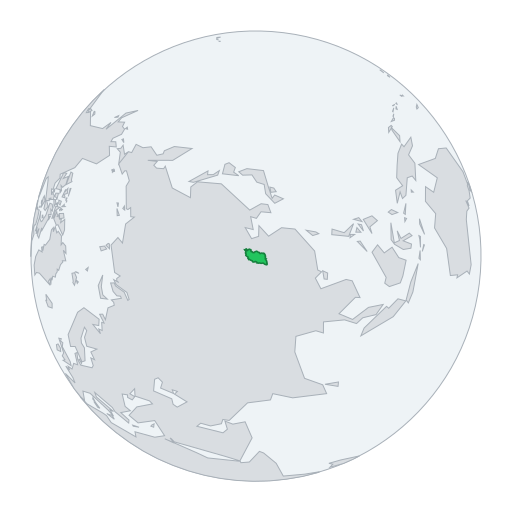 Shanxi on an orthographic globe, rotated 277°
{"feature_id": "CHN-1805", "entity_name": "Shanxi", "entity_type": "Province", "adm_level": 1, "iso_a3": "CHN", "parent_name": "China", "parent_adm1": "", "projection": "orthographic", "projection_center": [112.547, 37.663], "detail": "fine", "context": "on_globe", "style": "filled", "palette": "green", "viewbox_px": 512, "rotation_deg": 277, "n_neighbors": 0, "source": "natural_earth", "source_scale": "10m", "svg_char_len": 14958}
<svg xmlns="http://www.w3.org/2000/svg" viewBox="0 0 512 512"><g transform="rotate(277 256 256)"><circle cx="256" cy="256" r="225" fill="#eef3f6" stroke="#a8b0b8"/><path d="M455.9,356.1L455.6,357.1L455.4,357.4L455.9,356.1ZM402.9,85.2L400.0,83.4L382.3,73.4L381.8,71.8L377.6,70.1L378.0,72.3L379.2,74.2L365.2,75.7L363.8,88.2L370.9,95.8L363.5,91.7L382.0,109.5L386.1,121.2L376.8,105.8L372.3,102.8L372.8,109.3L368.2,107.7L365.9,110.1L360.4,107.7L355.4,99.6L351.8,98.1L352.3,102.9L347.2,104.0L347.0,97.0L338.0,98.4L328.0,86.4L331.7,71.9L321.6,65.4L313.3,51.7L309.5,51.9L303.9,47.7L297.4,46.5L297.7,44.9L292.3,45.5L293.2,47.3L291.1,48.4L287.4,48.0L287.1,45.6L289.0,45.4L286.9,44.6L288.4,43.6L285.6,43.9L285.7,41.4L280.0,43.5L275.5,41.2L277.1,39.7L284.2,40.4L305.4,40.4L309.2,40.1L307.4,38.4L288.9,33.6L290.1,33.4L287.2,32.9L303.0,35.7L318.6,39.6L333.9,44.6L348.8,50.7L363.2,57.9L377.1,66.0L390.3,75.1L402.9,85.2ZM284.9,32.6L282.5,32.3L283.9,32.8L275.6,32.3L278.4,33.5L275.4,33.7L275.3,35.2L267.6,34.6L260.1,33.4L259.7,32.3L256.4,31.9L250.4,33.0L243.7,31.6L228.7,32.5L227.8,32.5L229.5,32.3L248.0,30.9L266.5,31.0L284.9,32.6ZM469.0,194.2L467.3,190.6L468.1,190.5L469.0,194.2ZM466.3,190.2L466.9,191.0L466.4,190.6L466.3,190.2ZM466.0,191.0L466.2,190.4L466.2,191.5L466.0,191.0ZM465.9,192.7L465.9,191.6L465.9,191.9L465.9,192.7ZM464.9,194.0L464.6,194.2L464.4,192.8L464.9,194.0ZM380.5,75.5L378.4,72.6L379.8,71.5L382.1,74.0L380.5,75.5ZM377.2,78.7L375.0,76.5L379.9,77.8L379.6,78.6L377.2,78.7ZM377.0,102.1L376.2,98.6L378.6,102.6L377.0,102.1ZM366.5,110.9L368.2,112.5L366.2,113.1L366.5,110.9ZM279.6,35.6L277.5,35.4L278.6,35.2L279.6,35.6ZM281.6,36.5L284.3,36.4L285.7,36.9L283.9,36.9L281.6,36.5ZM356.1,110.2L352.4,111.0L355.3,108.7L356.1,110.2ZM277.8,36.6L287.7,37.7L289.9,38.6L285.3,39.8L277.8,36.6ZM349.8,110.6L341.0,113.1L344.0,116.7L330.7,108.5L342.5,108.7L345.6,105.2L346.4,108.7L349.8,110.6ZM295.1,48.1L294.0,46.1L298.4,48.2L295.1,48.1ZM298.5,49.2L315.2,55.0L315.0,58.1L309.5,55.3L312.1,60.0L303.9,58.6L300.6,55.7L302.3,53.9L297.8,54.9L298.5,49.2ZM324.7,103.8L321.9,103.4L323.9,102.3L324.7,103.8ZM290.7,48.9L294.0,49.7L294.2,52.3L287.4,51.4L289.5,50.8L290.7,48.9ZM316.8,62.1L315.8,64.1L308.8,63.5L307.4,64.3L303.7,58.9L316.8,62.1ZM287.6,50.0L284.0,50.9L280.5,49.5L287.4,48.5L287.6,50.0ZM297.0,53.5L296.8,54.8L294.7,53.7L297.0,53.5ZM266.2,45.5L270.2,45.9L270.6,47.2L266.2,45.5ZM282.9,51.4L284.1,51.9L284.7,52.6L281.7,52.9L282.9,51.4ZM299.0,59.0L296.3,58.4L300.2,61.1L295.1,61.1L293.5,57.6L292.1,59.0L290.5,59.1L291.0,56.3L299.0,59.0ZM280.5,55.4L276.7,51.5L269.1,50.2L268.6,48.8L280.9,51.2L280.5,55.4ZM286.6,56.1L282.7,55.3L283.9,53.9L287.4,53.5L286.6,56.1ZM292.2,62.4L300.4,63.3L300.5,64.1L292.2,62.4ZM278.0,55.3L279.0,56.3L277.4,55.4L278.0,55.3ZM287.6,60.4L290.5,60.6L290.5,61.4L287.6,60.4ZM278.5,58.3L277.3,56.9L279.6,56.5L278.5,58.3ZM282.5,59.5L281.8,60.6L281.2,57.2L283.8,59.4L282.5,59.5ZM287.1,61.2L288.1,61.8L285.9,61.0L287.1,61.2ZM270.4,60.8L269.1,56.6L274.2,55.6L274.8,59.8L270.4,60.8ZM94.2,99.2L95.3,98.5L88.7,106.2L81.5,123.1L79.4,127.1L73.0,132.6L61.8,158.9L66.8,157.3L63.8,177.6L66.5,187.2L80.3,175.5L76.0,159.3L82.4,149.4L91.7,156.1L96.6,171.3L99.2,168.0L102.2,153.0L109.5,151.7L103.9,147.6L101.6,152.8L98.1,150.7L100.0,145.8L102.5,145.4L102.7,140.0L90.8,144.4L87.1,150.2L84.1,140.9L77.7,149.9L74.7,150.0L84.3,135.0L88.1,131.9L100.9,112.6L96.6,114.8L84.3,133.5L85.4,130.0L79.6,134.1L84.9,128.2L99.5,108.1L100.8,100.7L91.8,103.4L94.9,99.1L102.2,91.6L116.2,81.1L107.9,91.9L112.8,89.2L123.6,80.6L120.2,84.9L123.6,83.0L121.4,87.2L127.2,88.1L126.3,92.2L137.3,88.2L138.3,90.0L131.5,91.7L126.3,95.4L125.1,106.9L127.4,107.8L134.7,104.5L133.4,108.4L140.6,103.8L144.2,109.4L145.8,99.0L154.4,95.7L161.3,97.1L164.4,94.4L153.2,92.3L148.4,93.3L143.9,96.9L131.2,99.1L129.7,96.2L144.1,87.6L143.6,83.0L155.1,79.1L178.4,85.8L183.7,91.5L174.1,108.0L167.8,108.4L168.2,102.4L159.9,111.1L164.4,108.8L163.3,112.4L171.3,110.9L170.9,113.4L179.1,107.9L179.6,110.9L174.4,114.3L186.5,115.4L189.8,121.3L192.7,120.4L194.8,117.8L197.6,127.5L199.6,126.4L199.5,122.8L203.4,118.5L211.5,115.0L212.0,118.5L209.2,120.2L204.0,129.6L196.3,134.2L197.4,135.4L204.1,132.3L210.5,120.8L215.2,117.7L213.0,123.1L214.2,120.9L216.7,120.5L219.6,123.6L222.4,117.7L249.2,110.8L257.5,116.7L252.6,121.9L271.9,122.7L279.8,130.5L279.7,126.9L288.8,125.7L286.5,123.2L287.1,121.5L309.5,118.6L315.2,121.1L324.7,117.1L324.6,115.4L321.0,113.2L330.7,108.5L344.0,116.7L343.5,120.0L352.2,123.4L349.7,130.6L351.6,138.6L343.9,145.3L346.1,151.4L349.3,152.2L354.7,161.6L354.9,179.4L340.8,161.7L337.8,136.9L337.8,146.4L333.6,143.5L331.1,146.6L331.4,153.7L334.1,155.0L313.3,164.6L305.9,183.8L316.6,182.9L322.5,188.9L323.4,212.8L300.8,244.2L308.5,254.7L308.5,261.5L300.8,265.5L300.5,255.6L293.4,251.8L294.4,245.9L281.9,250.0L282.9,241.8L272.7,249.5L275.8,256.2L286.5,255.2L277.2,266.1L287.2,277.9L287.5,291.4L268.1,313.6L249.6,319.0L248.3,323.0L241.3,317.6L231.4,324.4L243.7,348.3L243.1,354.5L227.4,364.3L227.1,359.7L208.8,345.4L204.8,359.6L218.7,373.9L223.4,388.1L212.5,382.3L207.7,369.5L201.2,364.0L203.4,351.7L198.8,331.0L187.8,332.3L189.1,324.5L181.1,305.4L165.5,306.2L140.5,319.1L136.3,337.9L128.0,342.9L119.7,309.7L121.4,289.4L114.9,287.9L109.2,265.5L89.5,249.4L89.7,243.0L85.3,242.1L81.8,231.6L83.3,221.5L79.8,218.1L76.5,244.8L80.6,248.7L88.3,245.3L86.3,253.5L90.1,265.4L75.0,274.3L50.7,265.0L53.4,249.8L61.6,197.5L64.2,194.4L64.5,193.9L64.9,192.9L60.4,197.3L63.5,187.7L53.6,220.8L49.7,232.7L50.3,265.4L49.0,266.2L50.7,274.5L62.5,283.2L61.4,287.6L52.7,301.3L40.9,309.9L45.4,330.9L49.6,345.3L48.9,344.6L42.9,329.2L38.2,313.4L34.5,297.3L32.1,280.9L30.9,264.4L30.9,247.9L32.1,231.4L34.5,215.1L38.1,199.0L42.8,183.1L48.7,167.7L55.8,152.8L63.9,138.4L73.0,124.6L83.1,111.5L94.2,99.2ZM96.4,196.2L102.8,205.3L109.0,191.9L112.0,194.5L113.0,189.2L109.5,190.9L113.3,177.4L119.4,178.5L123.2,173.7L121.3,170.4L109.6,170.8L104.0,189.8L98.7,191.8L96.4,196.2ZM144.6,70.2L140.9,73.0L137.4,73.8L138.6,70.1L143.7,68.7L144.6,70.2ZM136.4,76.9L150.4,70.3L150.2,72.8L147.9,72.4L146.4,74.8L142.4,74.8L128.6,84.4L124.6,85.9L129.0,77.2L129.7,79.0L133.3,75.9L136.4,76.9ZM186.4,53.6L192.4,52.1L184.2,59.4L179.5,60.0L180.4,55.9L186.4,52.8L186.4,53.6ZM267.7,39.0L270.5,38.9L270.6,39.4L268.2,39.9L267.7,39.0ZM268.0,45.5L255.3,40.4L257.9,39.9L247.4,38.2L250.1,36.3L256.9,37.3L251.1,35.0L258.3,35.2L253.6,33.9L268.4,36.4L274.6,36.9L266.6,37.0L263.9,38.6L264.6,39.4L271.2,42.5L283.3,45.0L282.6,47.4L278.8,48.5L275.8,48.3L277.3,46.7L272.2,47.6L272.0,45.1L268.0,45.5ZM235.3,67.1L238.2,64.1L228.0,67.8L227.7,64.4L226.5,65.0L223.5,63.0L217.7,61.9L218.7,60.3L216.0,60.6L213.9,59.5L210.6,59.4L211.1,56.7L207.1,56.5L209.7,55.4L202.6,55.9L208.1,54.3L205.9,53.1L201.8,55.3L212.6,43.1L212.9,40.1L210.2,38.8L219.9,36.9L228.7,37.4L235.6,39.7L233.9,43.2L238.7,42.1L239.2,43.5L235.3,43.8L241.7,44.3L241.1,45.7L247.3,49.3L257.0,49.8L259.5,51.4L255.4,51.9L260.8,53.2L254.7,55.4L256.4,56.7L252.1,60.5L243.3,61.2L245.8,62.6L242.7,65.9L235.3,67.1ZM269.0,61.7L258.5,62.8L253.2,61.6L262.9,55.6L262.2,54.1L268.2,50.8L275.8,52.8L273.4,53.5L272.8,54.7L270.6,53.5L271.9,55.3L268.6,56.5L268.7,58.3L265.3,58.0L269.0,61.7ZM81.5,127.1L80.7,129.5L80.4,132.4L76.7,135.3L81.5,127.1ZM91.2,113.3L91.1,114.6L85.8,119.6L86.6,117.3L91.2,113.3ZM95.6,111.4L91.5,114.3L94.2,111.4L95.6,111.4ZM131.9,92.9L132.4,94.4L130.6,95.5L128.3,95.9L131.9,92.9ZM204.8,79.4L207.4,77.4L208.6,77.7L216.4,75.4L217.3,78.0L212.9,80.5L204.8,79.4ZM77.0,175.3L73.6,175.3L74.3,172.4L75.4,173.0L77.0,175.3ZM73.1,154.2L71.8,160.8L72.1,154.9L73.1,154.2ZM207.0,81.9L210.2,80.6L208.6,82.8L207.0,81.9ZM218.3,79.9L217.2,82.4L218.3,78.1L218.3,79.9ZM63.9,365.0L70.2,383.1L66.0,377.0L60.7,368.1L55.3,355.1L58.7,357.6L59.1,353.6L63.9,365.0ZM280.8,420.5L287.8,421.1L287.5,421.8L280.8,420.5ZM273.6,418.0L281.5,418.2L272.3,419.6L273.6,418.0ZM284.6,418.2L292.6,416.5L296.1,415.2L295.5,416.8L284.6,418.2ZM268.3,417.9L239.4,416.1L228.0,412.9L230.7,410.4L249.0,412.8L268.3,417.9ZM229.7,410.2L212.5,399.6L189.5,369.8L197.7,372.1L221.9,391.7L220.3,394.1L230.8,402.1L229.7,410.2ZM271.8,397.9L270.1,405.5L254.1,404.2L246.9,402.5L241.9,392.1L244.7,387.1L250.6,387.8L273.9,370.7L281.9,375.3L274.7,382.9L281.3,390.0L271.8,397.9ZM137.1,340.1L141.0,353.2L136.6,353.3L137.1,340.1ZM283.5,357.6L274.0,365.8L282.8,354.8L283.5,357.6ZM288.9,347.0L289.4,351.3L285.6,347.1L288.9,347.0ZM247.8,329.2L241.5,329.6L241.5,326.4L249.5,324.0L247.8,329.2ZM287.7,302.7L287.2,312.4L285.8,315.6L283.2,309.8L287.7,302.7ZM218.5,106.2L206.7,106.2L198.7,108.7L195.1,113.7L195.1,106.9L207.4,103.0L218.5,106.2ZM245.3,109.7L248.4,105.8L250.5,107.8L250.1,109.0L245.3,109.7ZM244.8,107.0L242.2,101.7L246.2,99.8L247.4,104.4L244.8,107.0ZM224.2,90.8L220.6,90.5L221.9,88.6L224.2,90.8ZM346.1,462.1L347.0,460.6L355.5,457.2L351.0,459.9L346.1,462.1ZM317.8,460.3L273.6,470.6L264.1,470.0L266.8,467.3L258.8,458.1L261.9,458.4L260.3,451.3L286.7,444.3L305.6,429.8L319.9,429.2L330.9,417.5L345.5,415.8L340.9,424.6L355.7,426.4L366.6,406.2L374.7,422.1L384.7,424.0L386.4,431.6L364.8,451.2L353.3,457.2L351.5,457.2L346.6,459.6L339.6,461.5L336.5,459.1L331.6,461.4L336.7,457.4L329.5,461.6L326.2,459.8L317.8,460.3ZM421.5,397.8L423.4,396.9L426.0,397.2L423.0,399.0L421.5,397.8ZM451.0,364.5L451.6,364.7L449.7,367.2L451.0,364.5ZM455.4,357.4L453.3,360.6L455.9,356.1L455.4,357.4ZM432.8,381.4L433.6,381.7L432.8,382.7L432.8,381.4ZM432.0,381.6L433.3,379.1L433.0,380.9L432.0,381.6ZM423.4,377.9L424.6,376.2L425.1,376.7L423.4,377.9ZM298.0,420.7L307.6,414.6L312.9,413.7L298.0,420.7ZM421.7,376.8L418.7,378.3L419.0,377.0L421.7,376.8ZM422.0,374.2L421.7,372.9L423.5,375.3L422.0,374.2ZM416.2,373.9L419.9,374.7L415.8,374.4L416.2,373.9ZM414.0,375.4L411.2,375.4L411.4,374.9L414.0,375.4ZM382.5,389.6L392.8,395.2L384.4,397.9L375.0,395.1L367.4,402.4L350.4,405.4L354.4,401.3L352.1,396.6L334.5,397.4L330.9,394.4L337.2,391.2L325.5,389.8L338.3,386.5L343.6,393.0L350.8,386.1L363.2,385.0L375.2,384.4L384.8,386.9L382.5,389.6ZM338.3,402.4L340.5,402.0L338.6,404.4L338.3,402.4ZM406.0,373.9L410.0,375.6L409.5,376.6L407.6,376.9L406.0,373.9ZM387.0,385.0L397.4,375.7L399.8,374.9L392.9,383.9L387.0,385.0ZM394.9,372.7L399.7,371.8L402.1,374.2L401.1,375.5L394.9,372.7ZM312.1,398.8L311.6,400.9L308.3,399.6L312.1,398.8ZM316.5,397.3L326.5,398.4L315.5,399.1L316.5,397.3ZM285.9,391.7L288.9,396.5L298.2,393.1L291.1,397.8L297.4,405.4L295.2,408.4L289.0,400.2L286.8,408.9L282.6,408.8L280.4,401.4L284.5,392.1L288.7,388.1L305.5,385.8L285.9,391.7ZM316.4,391.4L313.7,385.9L315.7,381.9L318.6,384.7L316.4,391.4ZM305.9,372.2L298.8,365.5L292.4,368.4L305.4,358.0L310.0,366.2L305.9,372.2ZM299.9,356.9L293.9,359.6L300.2,353.5L299.9,356.9ZM292.4,357.2L291.8,352.2L296.5,352.7L292.4,357.2ZM303.1,357.0L304.3,348.4L306.6,353.3L303.1,357.0ZM289.9,340.7L300.0,348.9L286.8,345.6L286.4,328.6L292.0,328.2L289.9,340.7ZM322.3,268.2L321.0,263.0L326.1,261.4L325.6,265.4L322.3,268.2ZM341.7,253.0L327.1,259.4L315.2,265.0L318.8,267.1L316.1,276.2L310.6,268.2L319.0,258.0L328.0,255.4L329.4,247.8L336.0,242.1L334.6,232.9L337.5,228.6L341.6,236.3L341.7,253.0ZM333.6,229.1L333.5,212.7L343.2,214.0L345.3,217.9L341.3,224.7L336.5,223.6L333.6,229.1ZM336.3,209.2L331.6,208.1L321.5,184.9L321.8,180.4L334.6,198.0L330.8,198.0L331.6,203.7L336.3,209.2ZM322.8,105.3L322.0,103.6L324.3,104.9L322.8,105.3ZM285.6,120.1L286.9,118.0L289.6,119.3L285.6,120.1ZM291.8,113.0L287.9,113.0L291.8,111.5L291.8,113.0ZM279.1,113.3L286.2,112.2L279.7,115.4L279.1,113.3Z" fill="#d9dde1" stroke="#a8b0b8" stroke-width="1"/><path d="M260.8,243.9L260.8,244.1L260.9,244.3L261.0,244.4L261.1,244.5L261.1,244.8L261.2,245.3L261.3,245.3L261.5,245.4L261.9,245.4L261.9,245.5L261.7,245.6L261.2,245.8L260.7,246.0L260.6,246.4L260.4,246.3L260.2,246.5L260.4,246.9L260.5,247.0L260.9,247.1L261.1,247.3L261.4,247.3L261.5,247.3L261.6,247.7L261.6,247.9L261.6,248.1L261.7,248.3L261.8,248.3L262.0,248.5L262.0,248.8L261.8,249.2L261.8,249.4L261.7,249.5L261.7,249.8L261.7,250.0L261.4,250.2L261.3,250.4L261.1,250.4L260.9,250.4L260.7,250.4L260.5,250.2L260.4,250.3L260.2,250.4L259.9,250.6L259.9,250.8L259.7,250.9L259.7,251.0L259.8,251.3L259.9,251.5L259.7,251.8L259.5,252.0L259.4,252.1L259.0,252.5L259.1,252.9L259.0,253.1L259.1,253.7L259.5,253.8L259.7,254.0L259.8,254.0L259.9,254.3L260.0,254.5L260.1,254.8L260.3,254.9L260.5,255.3L260.6,255.6L260.8,255.8L260.8,256.3L260.7,256.6L260.6,256.8L260.4,257.0L260.2,257.3L260.2,257.6L260.1,257.8L259.9,257.9L259.8,258.1L259.8,258.3L259.8,258.5L259.9,259.0L259.6,259.1L259.5,259.3L259.3,259.5L259.2,259.5L258.9,259.6L258.9,259.8L258.9,260.0L259.0,260.2L259.1,260.3L259.1,260.5L259.3,260.7L259.4,260.8L259.6,261.0L259.6,261.6L259.6,261.8L259.6,262.0L259.6,262.3L259.6,262.6L259.4,262.7L259.5,262.9L259.4,263.1L259.5,263.2L259.3,263.3L259.4,263.5L259.3,263.8L259.4,264.0L259.2,264.1L259.0,264.4L258.9,264.5L258.5,264.6L258.4,264.6L258.4,264.8L258.2,264.8L257.9,265.0L257.5,265.2L257.4,265.3L257.1,265.5L256.8,265.5L256.6,265.4L256.4,265.2L256.3,265.3L256.2,265.3L256.1,265.5L255.9,265.6L255.5,265.5L255.3,265.6L254.7,265.5L254.4,265.5L254.4,266.0L254.4,266.3L254.1,266.1L253.9,266.1L253.7,266.1L253.6,266.3L253.4,266.4L253.2,266.4L253.2,266.5L253.0,266.8L252.9,266.9L252.8,267.0L252.4,267.1L252.2,267.1L251.9,267.2L251.7,267.2L251.4,267.3L251.1,267.4L251.0,267.5L250.9,267.5L250.7,267.5L250.8,267.7L250.6,267.7L250.2,267.7L250.2,267.8L249.9,268.0L249.7,268.0L249.4,267.9L249.2,267.9L249.1,268.0L249.0,267.9L248.7,267.9L248.6,267.7L248.5,267.2L248.7,266.8L248.7,266.7L248.7,266.3L248.7,266.2L248.8,266.0L248.9,265.6L249.0,265.4L249.2,265.2L249.3,265.1L249.4,264.8L249.5,264.8L249.6,264.7L249.6,264.4L249.8,264.2L249.8,263.9L249.7,263.6L249.7,263.1L249.6,262.9L249.5,262.7L249.3,261.9L249.3,261.7L249.4,261.4L249.4,261.2L249.5,260.9L249.5,260.7L249.5,260.4L249.5,260.2L249.2,259.8L249.2,259.7L249.3,259.7L249.2,259.5L249.2,259.4L249.3,259.3L249.3,259.2L249.2,259.0L249.2,258.9L249.3,258.8L249.3,258.7L249.2,258.5L249.2,258.4L249.3,258.5L249.4,258.4L249.5,258.3L249.5,258.2L249.7,257.9L249.8,257.8L250.0,257.6L250.1,257.4L250.2,257.2L250.0,256.9L250.4,256.7L250.5,256.4L250.5,256.2L250.5,255.9L250.3,255.7L250.2,255.4L249.9,254.9L249.7,254.8L249.7,254.6L249.7,254.3L249.7,254.0L249.7,253.8L249.8,253.8L249.9,253.7L250.0,253.4L250.3,253.2L250.5,253.1L250.5,252.9L250.8,252.8L250.8,252.7L250.9,252.3L250.9,252.2L251.0,252.0L251.0,251.8L251.1,251.7L251.2,251.4L251.2,251.2L251.3,251.1L251.2,250.8L251.3,250.7L251.5,250.5L251.6,250.4L251.8,250.0L252.0,249.5L251.9,249.4L251.6,249.2L251.8,249.0L252.2,249.0L252.3,249.0L252.4,248.8L252.6,248.7L252.6,248.3L252.7,248.2L252.8,248.2L253.4,248.2L253.5,248.3L253.9,248.3L254.1,248.0L254.2,247.9L254.2,247.7L254.3,247.5L254.4,247.2L254.7,246.8L254.9,246.6L255.0,246.3L255.1,246.2L255.2,245.9L255.4,245.8L255.6,245.7L256.0,245.8L256.4,246.0L256.5,246.1L256.8,246.0L256.9,245.9L257.1,245.5L257.2,245.4L257.6,245.2L257.9,245.1L258.0,245.2L258.1,245.3L258.2,245.5L258.3,245.5L258.7,245.5L258.8,245.5L258.9,245.4L259.4,245.1L259.6,245.1L260.0,244.9L260.5,244.9L260.6,244.7L260.4,244.4L260.4,244.2L260.5,244.1L260.8,243.9Z" fill="#22c55e" stroke="#15803d" stroke-width="1.5"/></g></svg>